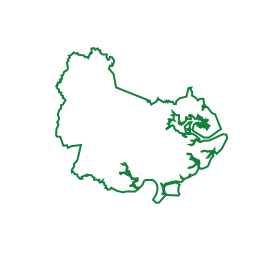 outline of Río de Jesús, Veraguas, Panama, rotated 304°
{"feature_id": "35544464B55951329462625", "entity_name": "Río de Jesús", "entity_type": "district", "adm_level": 2, "iso_a3": "PAN", "parent_name": "Panama", "parent_adm1": "Veraguas", "projection": "orthographic", "projection_center": [-81.142, 7.96], "detail": "fine", "context": "isolated", "style": "outline", "palette": "green", "viewbox_px": 256, "rotation_deg": 304, "n_neighbors": 0, "source": "geoboundaries", "source_scale": "gbopen_adm2", "svg_char_len": 5934}
<svg xmlns="http://www.w3.org/2000/svg" viewBox="0 0 256 256"><g transform="rotate(304 128 128)"><path d="M93.0,66.1L92.8,67.6L91.0,68.7L87.1,69.3L82.1,72.2L81.1,73.7L82.8,76.8L77.2,84.3L79.5,87.1L77.9,89.3L81.2,91.1L87.6,98.5L72.7,104.1L68.0,103.4L66.0,104.9L61.9,104.8L59.9,106.3L61.1,107.0L60.0,109.7L61.0,112.0L59.7,113.4L59.1,116.8L60.5,118.5L61.5,116.9L65.2,119.3L64.8,120.1L66.5,120.5L66.0,121.3L67.5,122.0L68.4,124.4L67.5,126.6L68.1,127.9L66.2,128.8L69.0,133.0L67.8,133.2L67.1,135.3L69.9,136.2L68.4,136.5L69.4,138.7L67.5,140.3L67.9,142.0L65.7,142.8L66.5,144.1L65.4,145.5L67.1,147.5L69.1,147.5L69.7,154.0L71.8,159.6L75.0,162.8L79.1,169.3L83.4,170.7L82.5,167.0L83.7,164.2L81.8,163.3L80.8,161.8L83.9,163.8L86.2,162.6L89.7,164.8L90.7,164.3L87.9,159.6L90.3,154.8L88.8,154.5L88.7,153.7L89.5,152.6L88.6,151.8L88.8,150.2L87.8,148.5L86.7,148.4L85.9,147.6L85.9,147.2L86.7,146.9L86.0,145.5L87.0,147.1L86.2,147.7L88.1,148.4L89.2,150.2L88.9,151.5L89.8,152.4L89.2,154.2L92.4,153.0L90.8,152.1L91.0,150.7L95.5,148.8L95.9,145.9L94.8,144.5L94.9,143.7L96.1,145.8L96.9,144.9L97.1,145.5L95.4,149.5L91.1,151.4L92.9,152.9L89.0,158.3L89.1,160.9L91.7,164.3L89.5,165.5L86.9,163.6L85.4,163.6L83.3,167.8L84.5,170.3L86.0,171.3L89.7,171.8L92.8,170.9L94.8,171.7L98.7,177.5L98.4,181.2L96.9,184.1L93.5,186.9L89.0,188.5L82.4,188.9L81.8,193.3L83.5,195.4L92.9,196.7L94.2,193.9L91.5,193.4L94.6,193.4L98.8,189.4L100.4,186.7L100.2,185.6L100.6,186.9L99.2,189.7L102.7,190.2L108.4,195.1L111.0,198.2L112.9,202.5L116.2,203.1L116.4,200.1L117.3,199.1L116.6,202.7L122.7,206.9L123.4,206.7L122.5,205.5L124.1,205.3L124.3,207.4L127.8,209.7L133.3,209.3L139.3,204.9L139.8,202.2L138.9,197.0L137.5,197.5L138.4,201.0L137.2,204.4L136.6,205.1L132.1,203.7L128.9,201.0L128.4,200.0L132.1,203.3L136.7,204.7L138.2,200.6L137.1,197.0L140.1,196.7L141.3,194.8L140.0,192.8L139.5,190.8L141.7,194.8L139.8,198.2L140.4,204.9L141.4,205.7L140.1,205.3L138.6,207.1L135.4,208.2L134.9,211.1L135.9,212.6L140.9,215.6L149.4,213.9L152.7,214.4L153.3,212.8L156.1,213.3L156.1,211.5L148.5,210.9L148.0,210.4L156.4,211.0L152.7,207.2L152.1,204.4L148.8,201.6L151.8,203.7L153.4,207.5L157.1,211.7L158.5,211.6L157.1,212.6L156.2,216.0L163.3,217.4L174.8,215.9L177.5,213.4L176.0,210.2L163.0,202.3L159.8,197.8L156.7,195.8L156.1,190.8L151.1,191.6L149.2,190.3L148.9,189.0L150.8,191.1L154.0,190.3L152.7,186.6L154.3,189.9L157.0,190.8L157.2,194.0L157.9,194.2L159.1,192.8L159.5,188.0L159.2,184.2L156.9,181.9L154.8,177.9L153.7,177.5L153.2,178.2L153.4,182.2L152.6,180.5L152.4,177.7L154.0,176.0L152.9,173.3L153.5,169.9L152.6,169.3L153.5,166.7L155.0,165.6L155.2,163.2L148.7,160.7L149.2,159.5L149.3,160.5L153.3,161.4L153.9,158.7L155.2,159.7L156.0,158.7L157.2,159.3L158.1,155.9L157.8,159.4L159.0,158.5L160.1,162.2L160.7,160.8L163.5,159.3L163.3,157.5L164.6,158.8L165.8,158.6L166.1,156.3L166.5,155.9L165.6,160.9L167.2,163.1L160.3,167.4L159.9,169.5L160.4,168.5L161.1,168.5L160.2,169.6L161.5,169.0L160.6,170.6L163.1,171.5L163.2,170.6L165.5,171.9L166.9,171.8L170.0,169.6L168.7,172.2L170.4,175.2L172.6,173.6L172.0,172.4L172.9,172.5L172.8,170.9L174.2,173.6L173.3,174.4L174.0,176.0L172.9,178.3L174.2,179.8L175.3,179.5L174.4,180.4L175.1,181.0L176.7,181.0L177.7,179.8L177.6,183.2L178.6,184.1L175.2,183.1L177.1,186.2L175.8,186.5L174.6,184.9L175.2,187.5L177.6,188.1L177.9,188.9L178.8,188.1L179.2,189.8L173.5,189.5L175.3,190.4L175.3,192.3L174.7,192.4L176.1,193.8L175.1,193.2L175.8,195.1L174.7,193.0L173.7,192.9L174.3,191.8L173.1,192.6L173.2,191.8L172.2,192.0L173.8,195.2L172.0,192.5L171.3,194.0L170.3,195.1L171.6,193.1L172.2,189.1L171.1,189.8L171.7,187.4L170.4,188.5L169.0,188.2L168.9,187.4L170.2,188.2L171.3,187.5L168.7,184.2L170.1,182.6L169.8,181.6L167.6,180.8L164.5,181.8L162.6,182.7L162.0,184.2L162.6,196.3L165.3,200.5L179.2,205.7L188.1,192.6L187.3,189.3L189.7,182.1L188.2,180.2L188.7,178.0L187.6,177.9L186.0,179.8L183.8,179.6L185.9,179.6L187.3,177.8L188.3,177.4L189.1,178.3L188.5,180.1L189.3,180.6L190.7,177.5L194.4,174.1L192.2,171.2L189.9,170.5L191.0,167.8L190.7,163.0L193.8,161.0L194.9,158.3L196.9,157.9L194.8,155.8L186.7,158.9L181.5,154.2L177.4,153.1L174.4,154.3L173.6,152.5L174.9,150.5L173.4,149.0L173.4,146.6L171.6,146.6L172.3,144.7L170.4,144.7L170.4,143.3L169.1,142.9L169.2,138.1L168.4,137.5L169.2,136.4L165.7,136.7L160.4,134.2L162.6,130.9L161.0,130.4L161.0,129.2L162.3,129.0L155.0,95.5L164.7,85.8L166.4,79.1L169.6,78.2L170.6,80.2L172.2,79.0L172.2,80.0L174.1,79.7L176.1,78.8L177.7,75.6L176.8,73.2L174.5,74.1L173.2,73.3L174.6,70.6L177.1,69.3L174.7,65.7L174.9,63.1L176.8,61.7L176.0,60.9L177.0,58.4L174.4,57.0L175.3,55.2L173.4,53.3L169.8,56.1L169.0,55.8L170.0,55.2L169.3,54.7L163.7,55.9L163.9,53.8L162.7,52.5L163.5,51.0L160.9,45.6L161.9,44.3L160.4,43.1L160.3,40.9L156.3,39.9L154.9,38.6L153.9,40.4L151.3,39.8L150.3,41.1L148.2,40.7L144.2,44.7L141.5,45.0L139.0,43.6L135.4,44.6L134.3,43.5L132.4,45.5L130.3,45.7L130.4,44.6L129.7,44.7L128.5,46.5L127.3,46.0L127.0,44.6L122.9,45.2L123.4,45.8L122.2,45.8L121.2,47.4L121.3,49.3L119.1,50.9L120.1,52.8L117.9,54.4L118.2,56.2L116.3,57.3L116.7,59.1L116.0,60.7L110.7,60.8L109.6,59.7L106.8,61.6L104.7,60.9L100.1,62.2L97.2,65.8L93.0,66.1ZM109.7,202.8L109.9,198.4L102.4,191.5L98.7,191.0L94.9,194.6L94.3,197.9L100.3,207.7L102.0,207.6L103.4,205.3L107.1,203.0L109.7,202.8ZM166.9,175.6L160.9,174.2L157.2,178.0L157.0,179.5L158.8,182.2L159.7,182.5L159.0,181.8L160.8,180.9L159.9,178.9L160.8,178.7L160.5,177.9L162.6,179.4L164.3,177.7L168.3,177.3L166.9,175.6ZM174.8,188.5L173.2,186.5L174.0,188.9L174.8,188.5ZM172.4,185.0L170.9,182.6L170.7,183.7L171.6,183.7L170.9,185.0L171.5,184.2L171.6,185.3L172.4,185.0ZM176.6,182.1L177.5,182.3L177.4,181.7L176.6,182.1ZM171.7,186.8L172.0,186.2L171.1,186.4L171.7,186.8ZM169.8,184.8L170.4,184.7L170.0,184.4L169.8,184.8ZM169.2,184.2L169.7,184.3L169.7,183.2L169.2,184.2ZM172.2,191.4L172.6,190.8L172.5,190.3L172.3,190.5L172.2,191.4ZM161.2,180.3L161.0,180.0L160.9,180.2L161.2,180.3ZM173.7,191.5L174.1,191.5L174.2,191.1L173.7,191.5Z" fill="none" stroke="#15803d" stroke-width="2"/></g></svg>